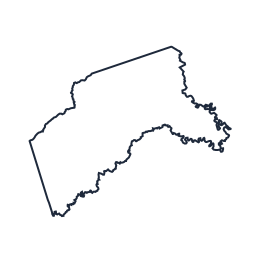 Fray Bartolomé de Las Casas, Alta Verapaz, Guatemala, rotated 163°
{"feature_id": "79465075B41204934399249", "entity_name": "Fray Bartolomé de Las Casas", "entity_type": "district", "adm_level": 2, "iso_a3": "GTM", "parent_name": "Guatemala", "parent_adm1": "Alta Verapaz", "projection": "mercator", "projection_center": [-89.812, 15.886], "detail": "fine", "context": "isolated", "style": "outline", "palette": "slate", "viewbox_px": 256, "rotation_deg": 163, "n_neighbors": 0, "source": "geoboundaries", "source_scale": "gbopen_adm2", "svg_char_len": 5683}
<svg xmlns="http://www.w3.org/2000/svg" viewBox="0 0 256 256"><g transform="rotate(163 128 128)"><path d="M146.8,190.6L148.3,189.4L151.1,189.1L152.6,188.6L154.1,186.9L155.6,186.1L157.5,187.0L159.0,187.3L161.2,186.2L162.6,186.3L163.9,185.9L164.3,186.1L165.0,187.0L166.4,186.9L167.1,185.3L168.6,184.1L169.0,182.9L169.8,182.2L170.0,180.3L171.0,179.7L171.3,178.9L172.2,178.4L172.2,178.0L171.1,176.9L171.0,176.2L172.3,174.5L172.0,173.9L172.3,171.9L171.8,171.4L172.2,169.9L171.5,168.6L171.9,168.0L172.4,168.0L172.5,166.3L172.1,165.5L172.8,164.8L172.8,163.8L173.3,163.1L176.8,163.6L179.5,163.3L180.2,163.8L181.4,163.9L182.2,163.6L182.6,162.6L183.7,161.9L184.1,161.1L184.6,160.7L186.8,160.3L187.6,161.2L189.2,161.7L191.0,161.1L193.6,159.7L196.1,159.6L197.3,158.8L198.4,158.6L199.6,157.9L202.7,156.8L203.7,156.0L205.4,155.8L206.7,154.7L207.1,153.2L209.7,151.1L209.8,150.4L210.5,149.5L211.5,150.1L212.8,149.6L214.5,149.7L216.1,149.2L218.7,147.7L220.1,146.3L221.5,145.3L222.8,144.7L225.1,144.7L225.9,144.3L225.7,82.8L225.4,79.6L225.3,69.8L225.6,67.8L225.2,65.9L224.6,65.7L224.4,66.0L224.2,66.7L224.4,67.8L223.1,67.9L222.7,69.3L221.8,69.3L221.4,69.2L221.9,66.7L220.8,66.0L220.0,66.3L218.8,66.3L218.3,64.7L217.5,64.3L217.0,63.1L216.6,63.0L216.0,63.3L215.4,62.9L215.0,63.8L213.6,64.7L212.9,64.8L212.1,65.8L211.1,65.8L210.4,66.8L209.3,67.0L208.8,66.7L207.8,67.2L207.6,69.4L208.3,70.4L207.5,70.7L208.3,71.9L208.1,72.2L206.9,71.5L205.7,71.9L204.6,71.0L204.2,71.8L202.7,71.2L202.0,72.4L201.2,71.6L199.5,73.4L200.3,74.8L198.4,75.2L197.4,76.1L197.1,77.3L195.3,77.9L195.2,78.9L194.9,79.3L193.1,78.3L193.0,76.7L191.0,75.4L190.2,75.4L189.9,75.9L191.0,76.8L192.2,78.4L191.9,80.0L190.6,80.4L190.6,78.6L189.7,77.9L189.0,77.9L188.1,79.1L187.0,79.0L186.3,78.0L185.4,78.4L183.9,78.1L182.3,79.2L182.0,79.1L181.7,78.6L182.1,77.5L181.1,76.4L180.0,77.1L179.1,77.1L177.7,76.4L177.1,76.9L175.7,76.9L175.2,77.7L174.2,78.1L174.0,78.7L174.0,79.8L174.8,81.3L174.8,82.9L174.3,83.5L173.4,83.4L173.5,84.6L172.9,85.4L173.1,85.9L172.9,86.2L171.4,87.1L170.6,87.0L171.0,88.4L170.3,89.3L169.8,92.1L169.0,93.5L166.8,92.1L165.5,90.6L164.6,90.4L163.5,92.3L163.5,93.6L162.6,93.7L161.4,93.2L159.2,94.2L158.3,92.4L156.1,90.7L155.0,91.1L154.6,91.9L154.1,92.2L153.1,92.2L152.4,92.8L151.7,92.6L151.5,92.8L151.1,94.1L150.2,95.6L150.4,97.7L149.6,98.8L148.6,98.7L148.2,97.8L147.0,97.4L146.3,96.4L145.3,97.5L144.8,96.8L143.0,96.5L141.6,96.7L140.5,97.3L139.5,97.0L138.8,98.2L135.7,99.6L133.4,102.2L133.3,102.9L134.9,104.4L134.8,105.7L134.5,106.0L133.9,105.5L133.1,105.8L133.2,107.1L132.6,107.5L132.0,109.1L130.4,110.3L129.4,110.4L129.5,111.7L128.2,114.1L126.7,114.3L125.7,114.7L124.5,114.1L124.3,113.1L123.7,112.9L122.3,113.5L120.3,113.7L118.6,114.6L118.5,115.5L116.4,115.9L115.6,118.8L115.3,118.9L113.0,118.7L111.7,119.3L111.0,118.6L109.6,119.1L107.0,118.4L106.2,118.7L104.7,118.1L104.4,118.5L104.2,120.3L103.1,119.5L102.6,119.7L100.6,119.6L100.3,119.1L99.6,119.5L98.1,119.6L98.0,118.3L94.8,118.8L94.4,119.3L94.2,120.3L92.0,120.5L91.7,120.4L91.6,119.7L91.0,119.7L90.5,119.1L89.4,119.0L89.6,118.4L89.2,117.3L87.7,117.6L87.3,116.3L86.5,115.1L86.7,114.6L88.0,113.2L87.0,109.2L86.5,109.1L85.7,109.8L84.5,108.8L84.1,107.8L83.6,107.4L81.0,107.7L80.7,107.6L80.8,107.1L82.1,106.2L82.0,105.8L79.6,104.4L77.3,104.1L77.2,103.7L78.3,102.4L80.2,101.7L80.6,100.9L79.9,99.9L79.7,98.0L78.4,96.6L77.1,96.2L76.1,96.8L76.0,98.1L76.9,100.2L76.0,101.4L75.3,101.6L73.9,101.3L74.2,99.3L73.6,98.3L72.8,98.4L71.3,99.3L70.5,99.0L70.3,98.4L70.5,96.3L70.1,95.7L69.5,95.6L68.5,96.8L67.5,96.7L64.8,93.7L64.3,93.8L64.0,94.2L64.1,96.3L63.4,97.2L61.8,97.1L62.0,95.0L61.2,94.2L60.2,94.6L58.7,96.2L58.1,96.3L57.9,95.8L58.3,94.8L58.3,92.9L57.8,92.0L57.0,91.6L54.1,91.8L52.8,91.5L52.5,91.1L52.6,90.3L53.8,88.4L55.4,87.6L55.6,86.8L55.2,86.6L53.9,86.9L51.8,88.5L51.0,88.3L50.9,87.7L51.6,85.3L53.1,83.8L52.4,82.3L50.5,81.3L48.6,80.7L46.5,80.6L46.1,78.2L45.3,77.9L44.4,78.1L43.2,80.0L43.0,80.8L45.2,81.2L45.0,83.9L46.0,85.5L45.6,86.8L44.9,87.0L44.6,85.4L44.3,85.3L42.7,85.5L43.3,88.2L41.8,88.8L40.0,87.5L39.1,87.2L38.7,88.2L37.4,88.5L36.9,89.6L35.1,89.7L33.6,91.1L33.6,91.8L35.6,93.9L36.0,95.8L36.8,97.3L36.9,98.9L36.3,99.9L35.5,100.4L34.6,100.4L33.4,99.3L32.3,97.3L30.3,97.0L30.1,97.4L31.5,98.8L32.2,100.4L33.3,102.0L34.1,104.8L34.7,104.8L36.8,103.5L37.9,103.4L38.3,103.7L38.2,104.3L37.3,105.2L36.7,106.5L37.3,107.8L38.4,108.8L39.2,108.2L39.3,106.8L40.5,103.9L40.7,102.5L40.1,101.0L40.2,100.6L41.7,99.8L42.3,99.9L42.6,100.4L42.5,105.0L41.3,106.9L41.5,107.5L43.2,109.1L43.3,109.8L42.4,110.7L40.2,110.5L40.2,111.5L41.6,111.8L41.8,112.6L41.4,113.2L39.8,113.9L39.5,114.6L41.2,117.3L44.2,117.3L44.7,117.9L45.3,119.6L44.8,120.5L43.5,121.1L41.2,120.1L39.8,120.2L39.1,120.7L38.7,121.7L38.8,122.1L40.7,121.4L41.9,121.9L42.2,122.3L41.9,125.0L40.7,126.3L40.7,126.8L41.7,127.1L43.8,126.0L43.7,123.6L44.0,122.6L44.7,122.2L46.4,122.9L48.4,123.3L48.9,123.9L48.7,124.8L47.6,125.5L45.7,125.4L45.2,125.9L45.7,126.8L46.8,127.5L48.6,126.6L49.7,126.5L51.6,128.9L52.9,129.4L54.6,127.5L55.2,127.1L55.7,127.2L57.0,128.4L57.0,128.7L56.1,129.3L54.7,129.6L54.6,130.5L55.5,131.5L57.1,132.0L58.3,133.1L59.2,134.4L58.8,134.9L57.5,134.3L57.0,134.8L57.0,137.1L57.7,139.4L58.2,140.2L58.8,140.6L60.1,140.7L61.6,140.3L62.5,140.6L63.2,142.3L63.1,144.1L63.5,144.6L64.9,145.0L65.5,145.5L65.0,148.0L61.9,148.1L60.1,149.4L61.2,153.8L60.6,155.8L60.0,155.9L60.1,156.4L59.6,156.9L60.0,158.0L59.2,158.9L59.1,159.4L59.2,161.1L60.0,163.1L59.0,165.0L58.3,165.6L60.8,170.8L54.9,171.9L54.7,173.4L55.1,173.9L56.4,174.8L58.6,177.2L58.0,177.8L58.4,180.2L57.7,181.3L57.3,182.9L55.9,182.6L55.1,183.3L55.2,184.0L56.0,184.9L56.1,186.2L57.6,187.4L62.3,192.7L63.0,193.1L146.8,190.6Z" fill="none" stroke="#1e293b" stroke-width="2"/></g></svg>